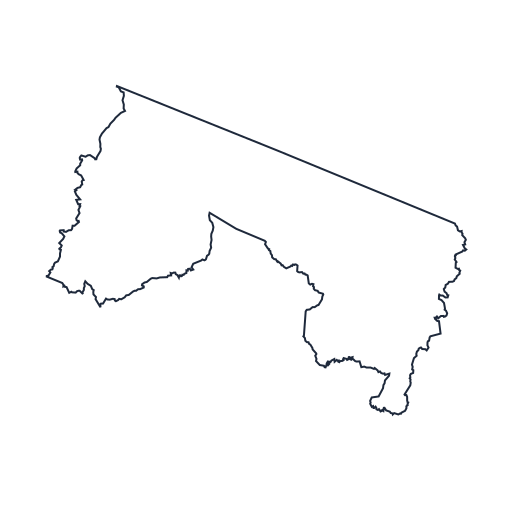 outline of Colniza, Mato Grosso, Brazil, rotated 22°
{"feature_id": "56859067B44233830293285", "entity_name": "Colniza", "entity_type": "district", "adm_level": 2, "iso_a3": "BRA", "parent_name": "Brazil", "parent_adm1": "Mato Grosso", "projection": "robinson", "projection_center": [-60.12, -9.423], "detail": "fine", "context": "isolated", "style": "outline", "palette": "slate", "viewbox_px": 512, "rotation_deg": 22, "n_neighbors": 0, "source": "geoboundaries", "source_scale": "gbopen_adm2", "svg_char_len": 6051}
<svg xmlns="http://www.w3.org/2000/svg" viewBox="0 0 512 512"><g transform="rotate(22 256 256)"><path d="M69.7,353.5L86.5,353.6L88.2,354.8L88.8,356.4L89.6,355.4L90.4,356.2L92.0,355.8L96.6,360.1L98.2,358.3L99.0,358.6L102.5,357.5L103.3,355.6L104.8,354.5L105.5,354.3L109.8,356.1L108.7,354.9L109.1,351.9L108.4,350.2L108.5,348.1L107.2,346.2L107.2,343.4L110.3,344.9L114.0,345.5L116.6,348.1L118.3,348.4L118.6,350.3L119.7,352.5L123.0,354.0L123.4,356.1L131.0,361.8L129.7,359.0L130.1,358.2L132.0,357.4L132.9,351.7L134.4,352.0L136.7,351.3L139.3,349.3L141.1,348.9L141.8,350.1L143.0,350.4L144.7,348.5L145.2,347.0L147.3,346.6L149.7,343.5L150.4,341.1L152.6,339.8L155.4,334.8L156.7,333.5L157.8,333.2L159.1,331.0L161.0,330.1L163.7,327.3L163.3,326.2L161.3,326.0L161.0,324.8L162.6,322.3L164.5,321.0L166.9,316.5L168.1,315.3L172.3,314.0L174.9,311.9L181.6,308.9L181.8,307.2L184.6,305.8L183.3,303.7L184.7,303.6L185.9,302.2L187.4,301.6L188.4,302.9L190.2,303.1L192.6,305.0L192.2,302.8L192.7,302.3L194.1,302.9L194.8,302.2L194.7,301.0L196.0,300.6L196.2,299.4L197.8,297.9L196.9,295.3L198.2,295.1L197.9,293.4L199.4,292.6L201.0,293.8L202.9,292.1L200.5,290.6L200.7,286.7L206.8,280.8L207.6,279.3L209.8,279.3L210.5,278.5L210.8,277.7L210.5,274.1L211.5,272.7L211.8,271.4L211.1,268.7L211.3,265.1L209.6,262.3L208.8,257.8L207.1,254.7L206.3,252.2L206.4,248.7L205.7,245.2L203.0,241.6L199.8,240.1L197.3,236.1L196.8,233.3L227.5,238.2L258.4,238.6L259.9,239.3L260.0,241.7L264.1,244.5L265.5,244.7L265.4,245.3L265.8,245.7L267.4,246.0L268.7,248.2L270.5,249.3L271.5,251.2L274.1,252.1L275.6,251.6L277.8,253.3L278.3,253.4L278.4,252.8L281.8,253.8L283.2,255.1L284.1,254.5L285.9,255.6L288.7,256.1L291.9,252.8L292.3,251.6L293.3,251.6L293.5,250.0L295.0,249.9L295.4,249.1L296.6,248.9L298.1,249.3L299.8,254.6L300.7,255.0L302.2,255.0L304.7,253.7L306.5,254.7L307.6,254.0L308.8,254.8L309.7,254.4L311.2,254.7L315.2,261.6L317.0,262.2L318.3,260.8L319.8,260.6L320.2,262.7L321.4,263.1L321.8,264.7L323.5,265.6L326.2,265.2L327.8,266.4L332.2,265.9L332.8,266.5L332.7,268.8L333.4,271.5L332.3,278.1L331.4,278.6L329.6,281.4L327.6,282.2L325.9,285.4L323.2,286.9L322.8,288.7L330.3,312.0L330.0,312.7L332.1,313.8L333.5,316.1L335.5,316.8L337.0,316.3L338.2,317.6L339.6,317.8L342.7,320.1L343.5,321.4L348.4,323.8L348.7,324.4L348.3,326.3L350.6,328.7L351.0,330.9L356.0,333.2L360.1,332.3L361.3,333.4L362.2,333.2L362.1,329.7L362.7,329.5L363.7,330.3L364.4,328.5L364.1,327.8L361.9,328.4L362.1,326.9L364.8,326.3L365.1,324.7L367.2,322.2L368.5,324.6L369.8,322.1L370.9,322.6L371.7,322.0L372.1,323.2L373.0,323.2L373.1,322.1L375.5,320.8L376.2,319.6L375.4,319.1L375.5,317.8L378.6,317.5L379.4,318.2L380.2,317.3L379.9,315.0L380.5,314.7L381.1,315.0L381.6,316.4L383.1,316.5L383.2,315.9L382.4,315.9L382.0,314.7L383.4,313.6L383.9,315.6L384.9,315.3L387.3,316.3L388.8,316.2L391.5,314.9L395.3,319.6L397.8,318.0L400.3,318.0L404.0,316.5L407.7,316.5L408.0,315.4L411.6,316.5L413.0,317.8L414.2,316.6L415.9,317.6L418.0,317.5L419.1,316.7L420.2,317.9L423.7,315.1L424.2,317.2L422.2,323.0L422.9,325.9L422.5,327.9L423.3,331.0L422.3,340.3L416.3,343.8L416.1,347.6L417.2,349.0L417.2,350.2L419.9,352.5L420.8,351.3L421.9,352.9L422.5,352.7L423.3,350.9L424.5,351.8L425.1,353.0L426.7,353.1L427.4,351.9L429.5,353.3L430.2,352.3L430.3,352.9L431.4,351.8L432.2,352.0L431.4,348.9L432.0,348.6L434.5,350.4L438.4,350.2L439.7,351.1L441.7,350.8L442.2,351.6L443.0,349.9L447.3,349.6L448.6,348.0L449.4,348.0L449.6,346.7L452.2,343.7L452.5,340.8L451.7,339.0L452.5,337.4L452.0,336.9L452.0,334.8L451.3,334.8L450.3,333.4L448.9,330.0L447.5,328.6L446.3,329.2L445.6,328.8L447.5,318.1L446.9,315.5L446.0,314.5L445.5,312.5L444.3,311.8L444.6,310.9L443.5,308.8L443.7,307.3L445.5,305.6L444.9,303.6L444.6,302.9L443.3,302.7L442.8,300.1L441.3,298.3L440.7,291.5L442.3,288.3L441.3,286.8L441.0,284.3L441.8,282.6L441.6,280.9L442.8,279.3L443.4,279.0L444.9,280.0L447.9,279.0L449.6,279.6L450.3,276.3L448.4,274.6L447.4,271.9L447.3,270.7L448.2,269.7L447.5,266.4L447.8,265.1L456.2,258.8L450.1,247.9L448.3,248.3L447.1,247.9L446.7,247.1L445.7,247.3L444.8,246.3L445.7,245.9L446.4,244.3L448.3,245.5L449.9,242.4L452.4,241.3L453.0,242.0L454.0,241.3L454.9,239.8L454.7,237.5L452.6,235.5L451.0,235.1L450.9,233.9L447.9,229.1L444.5,227.4L441.7,227.3L440.4,223.8L440.4,223.1L442.0,223.5L444.0,222.7L447.1,223.5L449.2,222.6L449.0,220.4L447.9,220.5L446.6,219.1L444.2,218.4L442.8,216.7L442.5,216.2L443.3,214.3L442.7,211.8L444.3,209.8L444.6,207.7L447.9,206.2L449.0,204.9L448.9,203.3L450.0,201.5L449.8,199.6L451.5,196.2L450.9,195.4L450.8,193.0L449.4,192.8L448.9,191.8L447.9,192.4L445.4,192.1L443.8,187.5L444.2,186.5L441.6,184.8L441.6,183.2L440.6,181.9L440.9,180.9L440.4,180.8L440.5,179.9L445.6,174.6L445.9,173.2L447.6,172.9L448.5,171.2L446.7,170.7L443.8,168.2L445.6,166.9L444.1,165.1L444.5,162.4L443.3,161.2L439.4,159.4L439.1,157.9L437.7,157.0L437.3,155.8L435.7,156.9L433.6,156.5L431.4,153.4L429.7,152.9L428.3,151.4L235.9,150.2L63.4,150.5L63.5,151.1L65.5,151.0L69.1,154.0L72.0,153.9L73.5,157.0L73.9,161.6L76.7,165.1L78.0,168.8L80.2,170.6L77.1,173.9L74.0,180.4L73.4,183.0L71.4,187.8L70.9,191.8L69.5,193.4L67.3,200.2L66.8,204.4L67.3,206.7L69.7,210.3L70.8,213.3L72.0,214.7L72.5,216.9L71.4,223.6L71.7,226.1L70.7,226.6L69.9,225.8L64.3,224.6L62.3,225.7L60.8,227.8L56.4,228.2L55.8,230.0L55.8,231.1L56.8,232.5L58.5,231.6L59.0,232.4L58.4,236.3L59.0,237.7L56.9,242.0L56.7,245.2L57.0,245.8L58.8,244.7L59.4,245.9L60.9,246.6L63.7,246.8L67.7,250.1L66.8,250.8L66.5,252.2L68.1,254.8L67.4,255.7L67.2,258.1L65.0,259.7L63.5,262.3L64.7,262.4L63.9,264.0L66.5,266.6L71.7,269.4L68.3,271.3L71.7,274.6L73.5,273.8L73.6,275.7L74.4,275.7L74.1,279.8L76.3,282.3L75.2,288.5L76.2,290.0L77.5,290.4L78.4,289.9L79.1,290.8L76.4,296.0L74.6,296.6L75.3,299.7L74.9,301.3L72.7,302.3L70.8,304.8L68.7,305.3L68.0,304.1L64.7,305.7L64.6,306.3L65.6,307.6L67.4,307.7L71.0,309.6L70.8,312.4L68.7,317.7L71.9,319.0L71.9,321.0L70.9,322.9L71.3,323.4L72.8,323.4L73.3,327.0L74.5,330.0L74.3,335.2L72.1,337.5L71.8,339.1L72.2,341.3L71.4,342.6L72.1,343.4L72.2,344.7L70.9,345.5L69.9,347.5L71.5,348.3L70.9,351.9L69.5,352.9L69.7,353.5Z" fill="none" stroke="#1e293b" stroke-width="2"/></g></svg>